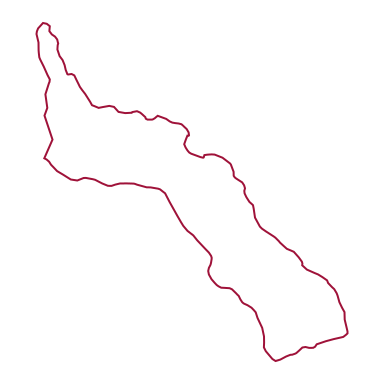 Agion Oros, Ayion Oros, Greece
{"feature_id": "26713481B40019078264500", "entity_name": "Agion Oros", "entity_type": "district", "adm_level": 2, "iso_a3": "GRC", "parent_name": "Greece", "parent_adm1": "Ayion Oros", "projection": "albers", "projection_center": [24.188, 40.281], "detail": "fine", "context": "isolated", "style": "outline", "palette": "rose", "viewbox_px": 384, "rotation_deg": 0, "n_neighbors": 0, "source": "geoboundaries", "source_scale": "gbopen_adm2", "svg_char_len": 2882}
<svg xmlns="http://www.w3.org/2000/svg" viewBox="0 0 384 384"><path d="M44.3,158.3L46.6,159.5L49.1,161.7L51.0,164.7L57.1,171.1L63.0,174.6L67.6,177.5L70.8,179.5L77.3,180.5L80.6,179.2L83.6,178.0L85.8,177.9L92.8,179.2L95.1,179.8L102.3,183.5L107.9,185.8L111.5,185.9L115.3,184.6L119.9,183.5L126.4,183.4L133.5,183.6L134.7,183.8L137.1,184.7L146.6,187.3L150.6,187.4L158.2,188.7L160.1,189.4L162.5,191.3L165.1,193.3L169.6,202.0L171.9,206.1L177.2,215.6L180.9,222.0L183.3,225.9L187.5,230.9L193.3,235.4L197.2,240.3L200.6,243.9L205.5,249.1L208.9,252.6L211.1,255.9L211.7,257.8L211.6,259.3L211.0,262.9L210.5,264.8L208.9,267.9L208.2,271.0L208.9,274.5L210.4,277.2L211.5,279.2L214.7,282.9L216.7,285.0L218.5,286.3L221.2,287.7L225.0,287.9L229.6,288.2L232.0,289.3L236.0,293.2L237.5,294.8L238.7,295.9L240.4,299.4L242.2,302.2L243.6,303.4L244.8,304.0L247.5,305.2L251.5,307.7L253.8,310.1L255.7,312.3L257.5,317.9L262.2,327.9L264.0,336.4L264.1,342.5L263.9,347.4L265.8,351.2L272.4,359.0L275.5,361.0L280.3,359.6L286.1,356.5L290.4,354.8L292.2,354.7L295.1,353.7L296.3,353.1L299.1,350.6L302.4,347.5L305.5,347.0L309.2,347.9L313.2,347.8L315.1,346.7L316.7,344.3L325.9,341.2L333.7,339.1L342.1,337.2L343.3,336.9L346.0,334.8L347.5,333.4L347.5,331.4L346.3,326.3L344.7,319.6L344.5,312.1L342.1,307.8L339.4,302.2L337.6,295.7L336.7,293.3L334.2,289.1L332.0,287.1L328.1,283.0L327.1,280.4L322.4,277.1L318.0,274.4L314.8,273.1L306.9,269.6L302.2,265.3L302.4,263.5L301.9,261.7L298.7,257.3L293.8,251.8L291.3,250.7L286.8,248.8L283.7,246.0L280.0,242.6L278.9,241.2L275.4,237.7L273.8,236.5L266.2,231.6L262.0,228.7L259.9,226.6L255.0,217.6L253.7,208.7L253.0,205.2L252.2,204.4L249.4,201.9L246.4,197.2L244.6,193.4L244.3,190.9L245.0,188.3L244.1,185.3L242.2,182.4L236.0,178.4L234.7,177.3L233.7,175.8L233.6,171.8L230.9,164.6L230.1,163.5L222.5,157.7L214.7,154.6L211.8,154.4L209.7,154.5L207.1,154.7L204.4,155.1L203.7,157.4L203.1,157.7L200.5,157.1L191.2,153.7L189.2,152.5L187.5,150.5L185.6,147.5L184.2,144.2L185.9,139.4L187.4,135.7L188.0,135.9L188.7,135.7L189.0,135.3L188.6,132.4L186.7,129.1L181.8,124.5L181.3,124.2L178.6,123.5L175.2,123.1L172.3,122.6L169.7,121.4L166.2,118.9L157.7,115.8L156.1,117.1L154.7,118.3L152.8,119.4L152.0,119.6L147.5,119.6L145.8,118.7L145.3,117.1L142.1,114.2L140.2,112.6L137.0,111.2L132.2,112.1L131.7,112.8L130.6,112.8L125.2,113.1L118.5,111.9L114.0,106.9L109.3,105.9L103.1,107.0L99.5,107.7L98.7,107.9L94.1,106.0L92.0,105.2L90.2,101.9L85.2,94.0L82.1,90.0L79.9,86.9L78.1,83.2L76.5,80.0L74.3,75.4L71.6,74.0L68.1,74.5L67.4,74.2L65.7,69.9L64.6,65.1L62.6,60.1L59.6,56.1L57.4,49.5L57.7,45.1L58.2,43.4L57.9,42.5L57.2,39.5L55.0,36.6L51.8,34.4L49.4,31.2L49.4,30.6L49.8,26.2L46.8,23.8L43.0,23.0L38.1,28.4L36.9,31.4L36.5,34.0L38.5,42.5L38.6,50.3L38.8,52.9L39.3,57.3L40.2,59.5L43.8,66.7L47.5,75.0L49.8,79.4L49.5,82.0L49.0,83.0L45.4,94.3L47.3,107.9L44.5,115.6L52.5,139.6L44.3,158.3Z" fill="none" stroke="#9f1239" stroke-width="2"/></svg>